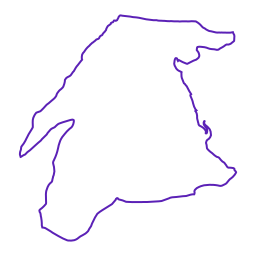 Poplaca, Sibiu, Romania
{"feature_id": "2599482B54964729595352", "entity_name": "Poplaca", "entity_type": "district", "adm_level": 2, "iso_a3": "ROU", "parent_name": "Romania", "parent_adm1": "Sibiu", "projection": "natural_earth1", "projection_center": [23.913, 45.648], "detail": "fine", "context": "isolated", "style": "outline", "palette": "violet", "viewbox_px": 256, "rotation_deg": 0, "n_neighbors": 0, "source": "geoboundaries", "source_scale": "gbopen_adm2", "svg_char_len": 5715}
<svg xmlns="http://www.w3.org/2000/svg" viewBox="0 0 256 256"><path d="M42.3,227.5L43.9,227.7L45.3,228.1L50.6,231.3L52.6,232.7L58.3,236.0L63.0,238.5L67.2,240.3L68.1,240.5L71.2,240.6L74.2,240.2L75.8,239.6L77.4,238.7L78.9,237.5L80.4,236.4L82.8,235.1L85.5,233.5L86.9,232.3L88.1,231.1L89.3,228.8L91.1,226.1L92.0,223.6L95.0,217.5L97.3,213.8L99.7,211.9L102.4,210.1L111.7,204.3L112.1,204.0L115.6,199.9L116.0,198.9L117.1,198.1L117.9,198.4L118.2,199.0L118.8,199.4L122.6,200.4L126.1,201.8L132.7,202.1L147.1,202.0L158.9,201.3L161.6,201.0L168.8,198.4L170.3,197.7L172.2,197.3L176.2,197.0L183.0,196.2L186.2,196.0L190.5,194.7L192.6,194.3L194.2,194.3L194.4,193.9L194.6,192.8L194.4,191.3L194.7,190.3L195.2,189.6L196.8,188.1L198.9,187.0L200.8,186.2L204.0,185.3L209.5,184.8L213.6,184.9L215.7,185.1L217.7,185.4L219.5,185.8L220.8,185.9L222.1,185.6L225.4,184.0L226.4,183.3L227.8,181.6L229.1,180.0L230.1,179.0L231.0,178.4L232.8,176.9L234.8,174.6L235.8,173.0L236.1,172.2L235.9,171.8L235.5,171.2L235.2,170.9L234.7,170.3L234.4,169.8L234.4,168.9L234.2,168.6L233.4,168.1L231.5,167.8L230.1,167.7L228.9,167.7L228.2,167.6L227.6,167.2L226.9,166.5L226.3,165.4L225.1,163.8L224.3,162.7L222.4,161.5L220.8,159.9L220.1,159.0L219.0,157.7L218.3,157.3L217.8,157.1L216.9,156.9L216.2,156.5L214.4,155.2L212.1,153.1L210.6,152.0L209.2,150.8L207.6,149.2L207.0,148.3L206.8,146.9L206.6,145.0L206.0,142.9L206.3,141.7L206.7,140.6L207.6,139.6L208.6,139.1L210.1,137.3L211.0,135.2L210.6,131.6L209.8,129.5L209.2,128.7L207.4,126.7L206.1,125.7L204.9,124.6L204.6,124.1L204.2,123.3L204.1,122.5L204.6,121.4L204.6,121.2L204.4,121.1L204.2,121.2L204.0,121.6L203.7,122.4L203.7,123.7L203.8,124.4L204.2,125.2L206.7,128.4L207.2,130.2L207.2,131.1L207.0,132.5L206.6,133.3L206.3,133.4L205.9,133.4L205.7,133.2L205.7,132.9L205.9,132.5L206.0,132.1L205.8,131.3L205.5,130.4L204.0,128.5L203.2,127.8L201.6,126.7L199.3,125.5L198.8,124.8L198.6,124.5L198.4,123.3L198.1,122.4L197.8,121.1L197.2,118.7L197.1,117.7L197.1,115.7L196.7,113.5L196.2,112.4L195.9,111.7L195.4,111.1L196.5,110.4L195.4,109.2L194.1,106.6L193.0,103.0L192.7,101.6L192.1,99.8L190.4,95.7L190.4,95.0L191.2,94.2L189.3,91.2L186.7,86.2L186.0,85.5L184.9,84.0L183.9,83.2L181.8,77.9L181.5,76.3L181.4,72.9L181.6,72.2L181.0,71.8L178.7,70.7L178.1,70.3L177.6,70.0L176.2,68.5L175.2,66.5L174.7,65.7L174.2,63.8L174.6,60.5L174.8,59.7L175.2,58.7L175.6,58.2L175.8,58.2L176.2,58.2L176.5,58.2L177.1,58.6L177.4,59.9L178.0,61.0L178.9,60.1L182.7,62.1L186.6,63.7L187.3,63.8L193.4,60.7L196.3,59.6L198.4,57.9L198.7,57.4L199.0,56.8L199.2,56.3L199.3,55.7L199.2,54.7L198.7,53.0L198.4,52.3L197.3,50.8L196.8,50.2L196.8,49.4L197.1,47.5L197.5,47.0L199.3,46.7L200.9,46.8L204.5,47.2L206.6,47.7L207.6,48.1L209.7,48.8L211.7,49.1L214.3,49.3L215.8,49.6L216.6,49.8L217.4,49.8L218.5,49.6L220.0,48.5L222.6,47.1L224.3,46.0L225.3,45.2L226.5,44.5L227.7,44.5L228.7,44.5L229.9,44.1L230.9,43.6L232.2,42.5L233.5,41.5L234.1,40.9L234.2,39.9L234.3,37.6L234.4,36.3L234.3,35.6L234.2,34.9L233.9,34.5L233.0,32.6L232.9,32.2L230.1,32.7L227.9,32.7L224.9,32.6L223.7,32.6L222.7,32.6L221.6,32.5L220.2,32.6L219.6,32.5L218.0,32.5L217.3,32.6L215.7,32.4L211.1,31.3L209.2,31.0L207.5,30.2L205.9,29.3L204.9,28.5L203.1,27.6L202.2,26.8L200.3,24.7L199.4,23.9L198.7,23.3L197.6,22.5L195.8,21.4L191.7,21.2L189.1,21.4L182.5,21.3L179.5,21.5L177.9,21.3L173.7,21.3L171.0,21.1L169.3,21.2L167.0,21.1L164.8,20.9L158.2,20.6L156.6,20.2L153.5,20.2L146.2,19.3L139.1,17.8L136.4,17.4L132.9,17.1L130.3,16.6L122.2,15.7L121.3,15.5L120.6,15.4L120.0,15.5L119.5,16.0L118.8,16.6L118.4,17.7L117.1,20.1L116.5,20.5L115.7,20.8L115.2,20.5L114.4,20.5L113.9,20.6L113.4,21.6L112.9,22.2L112.4,22.3L111.5,22.7L110.9,23.1L110.8,23.8L110.3,24.3L107.9,26.0L107.3,26.9L106.3,28.8L106.1,29.9L105.5,30.7L104.6,31.9L103.9,32.5L102.7,34.0L102.3,34.9L101.8,35.3L100.8,35.7L99.9,36.5L99.0,38.3L98.4,38.8L96.4,39.5L94.8,41.0L93.7,41.8L93.2,42.3L92.3,42.8L90.7,44.3L90.3,44.6L89.6,45.5L87.7,47.2L86.7,48.3L85.8,49.4L84.0,52.0L82.9,53.2L82.1,54.8L81.8,56.8L81.8,58.2L81.9,58.8L81.9,59.3L82.1,59.7L80.9,61.1L77.8,65.1L76.7,66.4L75.8,67.7L73.8,71.2L72.8,72.2L72.5,72.7L70.9,75.0L70.2,75.7L68.7,76.6L67.8,77.0L67.4,77.2L66.1,78.2L65.7,78.8L65.0,79.8L64.9,80.3L64.8,81.7L64.3,83.8L63.6,85.8L63.3,86.6L62.8,87.4L62.1,88.1L61.2,89.0L60.0,89.9L59.0,90.9L58.4,91.7L57.4,93.0L56.7,94.3L56.3,95.7L55.7,96.7L54.5,98.2L52.8,99.7L51.7,100.6L48.6,103.3L47.2,104.3L46.4,105.0L43.4,108.3L41.9,109.8L41.0,110.7L40.2,111.3L39.1,111.7L37.3,112.3L36.3,112.7L35.8,113.3L35.0,114.4L34.3,115.6L33.3,117.8L32.8,119.9L32.7,122.4L32.8,125.8L32.8,127.1L32.7,127.5L31.8,129.1L28.6,134.3L27.6,136.3L25.9,139.6L25.5,140.5L23.8,143.4L21.4,146.6L21.2,147.3L20.9,149.7L20.5,150.8L20.1,152.1L19.9,154.1L20.0,154.9L20.6,156.9L21.2,156.7L22.5,155.8L23.7,155.1L25.1,154.5L26.0,153.6L27.2,152.3L28.1,151.6L30.0,150.2L35.5,145.2L38.4,142.6L39.5,141.7L40.9,140.5L41.9,139.2L46.7,134.5L47.6,133.0L50.0,130.2L50.8,129.3L52.0,128.5L54.1,127.5L54.8,127.1L55.6,126.3L57.1,124.9L58.4,123.9L59.6,123.4L62.7,122.3L70.3,120.0L72.3,119.6L73.5,119.9L73.8,120.4L73.8,121.8L73.6,122.7L73.3,124.0L72.9,125.0L72.6,125.6L72.2,126.4L71.4,127.4L70.5,128.1L69.6,128.8L66.9,131.4L64.6,134.1L62.2,137.1L61.0,139.1L60.3,140.5L59.5,142.8L58.7,145.3L58.1,148.1L57.3,151.4L56.5,154.0L55.8,155.9L55.2,157.4L54.4,159.1L53.9,160.3L53.4,161.2L53.1,162.3L53.1,163.0L53.2,163.7L54.0,167.0L54.4,171.4L53.7,175.1L53.1,176.6L52.9,177.7L52.5,179.1L52.3,180.2L52.1,181.1L51.6,182.0L49.9,183.5L48.7,185.0L47.6,187.1L46.3,190.8L46.1,192.0L45.9,194.1L46.0,199.1L46.1,202.9L46.0,203.7L45.7,204.2L44.2,205.9L43.4,206.7L42.0,208.0L40.2,209.4L39.6,210.0L39.4,210.4L39.5,211.0L39.6,211.8L40.4,213.2L40.6,214.3L40.9,216.6L41.1,217.1L41.6,220.6L41.8,223.1L41.8,225.3L42.3,227.5Z" fill="none" stroke="#5b21b6" stroke-width="2"/></svg>